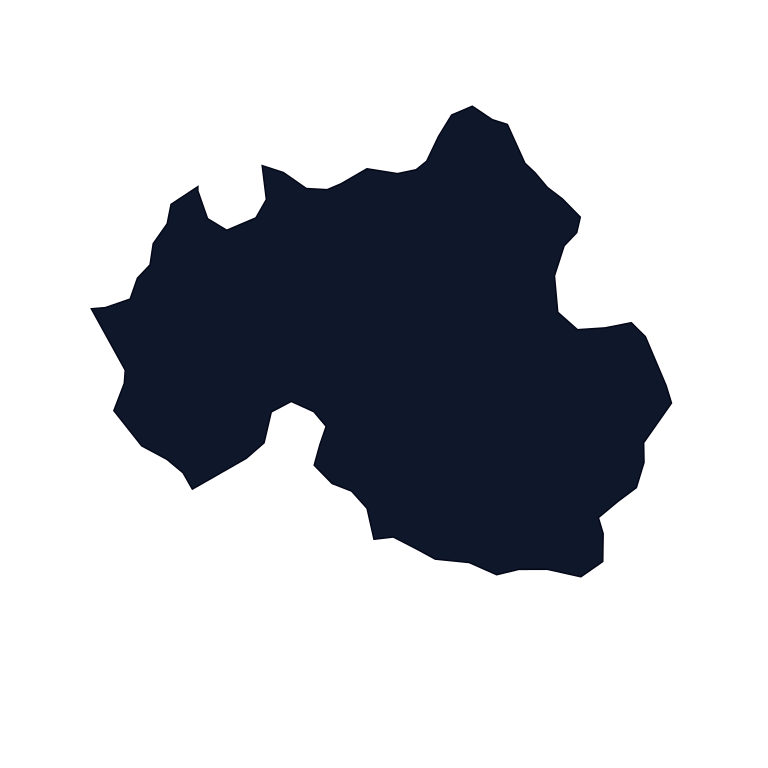 the district of Gokseong-gun, South Jeolla, South Korea, rotated 337°
{"feature_id": "91817680B55822624410007", "entity_name": "Gokseong-gun", "entity_type": "district", "adm_level": 2, "iso_a3": "KOR", "parent_name": "South Korea", "parent_adm1": "South Jeolla", "projection": "robinson", "projection_center": [127.266, 35.202], "detail": "fine", "context": "isolated", "style": "filled", "palette": "ink", "viewbox_px": 768, "rotation_deg": 337, "n_neighbors": 0, "source": "geoboundaries", "source_scale": "gbopen_adm2", "svg_char_len": 1143}
<svg xmlns="http://www.w3.org/2000/svg" viewBox="0 0 768 768"><g transform="rotate(337 384 384)"><path d="M289.8,129.6L258.2,135.4L247.0,151.8L226.4,164.6L215.2,182.9L198.4,190.2L183.5,206.6L157.3,204.8L144.0,200.4L151.2,270.2L145.2,281.9L124.9,303.0L136.8,346.3L154.7,368.5L164.3,387.2L166.5,405.9L228.2,398.6L250.6,391.3L269.3,365.7L291.8,363.8L308.6,382.1L314.2,400.4L301.1,415.0L288.0,431.5L297.3,455.3L312.3,469.9L319.8,491.9L314.5,520.9L314.1,523.0L332.8,528.5L349.6,548.7L362.7,565.2L392.6,581.6L413.2,603.6L435.6,607.3L461.8,618.3L489.9,638.4L516.0,632.9L527.3,607.3L529.1,590.8L553.4,583.5L575.8,578.0L592.7,557.8L600.1,539.5L641.2,513.9L643.1,495.6L643.1,468.1L643.1,442.5L638.9,432.4L635.6,424.2L609.4,418.7L583.3,409.6L572.0,385.8L583.2,351.0L603.8,327.2L620.6,319.9L629.9,307.1L620.6,283.4L611.2,266.9L605.6,248.6L600.0,235.8L599.0,193.3L586.9,182.9L573.8,162.8L551.4,162.8L530.9,177.4L510.3,195.6L497.3,199.3L478.6,195.6L452.4,179.2L422.5,182.9L407.6,182.9L388.9,173.7L374.0,150.0L357.2,135.4L347.8,168.2L331.0,181.0L299.3,181.0L286.2,162.8L288.1,133.5L289.8,129.6Z" fill="#0f172a" stroke="#020617" stroke-width="1.5"/></g></svg>